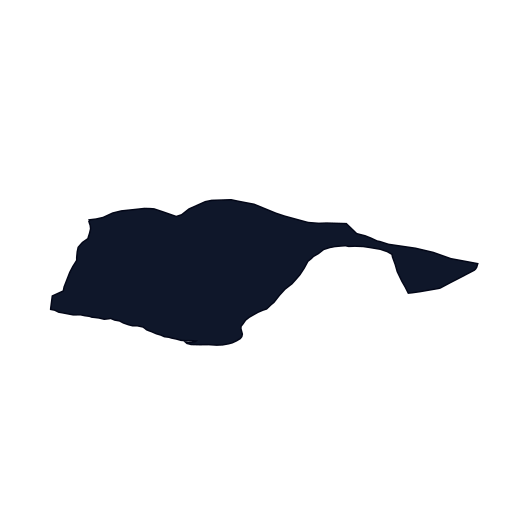 the district of Qus, Qina, Egypt, rotated 255°
{"feature_id": "37247803B95427647060127", "entity_name": "Qus", "entity_type": "district", "adm_level": 2, "iso_a3": "EGY", "parent_name": "Egypt", "parent_adm1": "Qina", "projection": "equal_earth", "projection_center": [32.772, 25.856], "detail": "fine", "context": "isolated", "style": "filled", "palette": "ink", "viewbox_px": 512, "rotation_deg": 255, "n_neighbors": 0, "source": "geoboundaries", "source_scale": "gbopen_adm2", "svg_char_len": 2441}
<svg xmlns="http://www.w3.org/2000/svg" viewBox="0 0 512 512"><g transform="rotate(255 256 256)"><path d="M257.6,43.8L255.8,47.5L252.8,50.9L251.2,54.4L250.9,55.0L246.5,64.1L244.6,71.4L242.7,75.1L240.8,79.6L239.4,81.6L238.7,83.5L236.9,88.0L236.4,89.0L234.2,93.0L233.6,96.8L233.3,99.6L232.7,100.3L230.7,102.9L228.6,107.4L225.7,110.5L222.7,114.9L220.6,118.6L219.4,123.1L216.7,128.4L215.2,129.7L213.1,131.2L213.0,131.3L212.9,131.4L212.9,131.5L211.7,133.0L209.9,135.6L206.7,139.6L204.2,143.7L201.8,146.6L200.0,151.0L199.4,151.9L198.6,153.2L196.4,157.6L193.9,161.8L192.4,166.2L191.8,168.8L191.2,170.8L189.9,175.0L189.4,176.4L189.0,175.7L189.0,173.5L189.3,171.3L189.9,168.9L190.0,168.2L190.9,165.7L189.4,166.7L188.2,168.9L187.3,170.4L184.8,179.0L182.7,187.2L182.3,188.4L180.1,194.9L178.8,200.7L178.3,206.8L178.3,210.6L179.1,215.2L180.3,219.4L181.8,221.4L184.1,222.6L186.8,222.6L189.7,222.6L191.9,223.3L192.0,223.4L193.7,225.7L196.8,229.4L197.8,231.8L198.6,233.6L200.0,238.9L201.2,243.6L201.2,243.8L201.9,248.7L202.1,252.5L205.0,257.8L206.6,261.3L212.1,268.6L216.5,275.5L217.5,277.9L219.2,281.9L219.8,283.4L223.1,288.5L226.6,293.6L231.7,299.3L237.5,304.8L237.9,305.8L239.2,308.7L240.7,311.3L242.2,316.9L244.8,323.0L245.1,329.7L244.9,331.7L244.8,334.1L243.7,340.5L242.8,345.1L241.3,347.9L240.3,352.2L240.0,353.7L237.4,362.1L234.6,368.5L230.3,377.9L228.2,381.0L226.3,383.9L222.4,387.8L219.7,387.6L211.7,388.3L204.5,388.4L204.4,388.4L193.8,390.4L187.4,392.1L180.7,393.5L180.1,397.2L179.1,405.3L177.4,424.1L177.4,425.7L180.0,436.9L181.7,444.8L184.2,456.0L184.5,457.4L185.8,463.2L186.6,464.7L188.0,466.2L188.1,466.3L189.6,467.2L191.2,468.2L195.8,458.6L203.0,443.5L213.6,428.1L222.2,412.1L233.0,387.0L237.9,379.4L239.1,376.9L243.5,371.7L247.3,366.6L250.2,361.4L251.6,359.0L263.9,351.6L269.6,332.5L270.0,330.7L271.3,325.1L274.8,315.2L275.5,313.9L287.1,294.0L292.1,286.4L306.5,267.5L310.1,260.0L313.8,252.4L316.8,246.5L319.0,237.0L321.2,227.6L321.6,221.1L318.8,203.5L315.1,194.9L314.8,189.2L322.9,177.3L327.9,169.7L329.1,166.3L330.8,160.6L331.9,153.4L334.4,137.6L334.6,128.7L332.8,118.3L333.1,111.0L334.1,104.2L333.2,104.3L332.5,103.5L332.1,103.6L331.1,103.6L328.5,103.8L325.1,103.3L321.0,101.1L317.6,98.9L316.3,98.2L314.0,91.9L312.5,89.6L310.4,86.5L306.3,84.4L300.9,82.4L298.2,81.7L295.4,78.7L293.3,76.4L290.9,74.2L288.4,71.9L276.4,63.1L275.9,62.7L272.1,60.8L270.1,48.9L257.7,43.8L257.6,43.8Z" fill="#0f172a" stroke="#020617" stroke-width="1.5"/></g></svg>